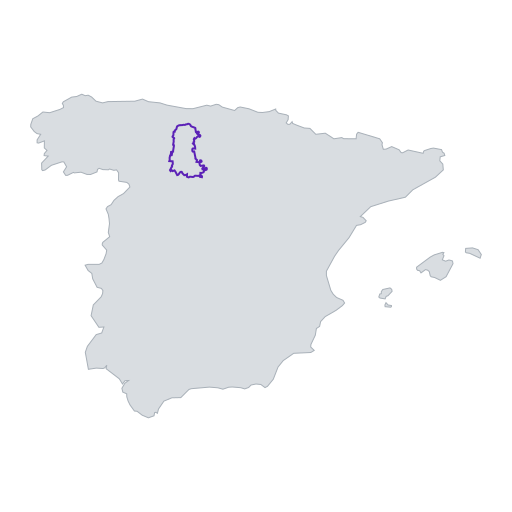 Palencia highlighted on a map of Spain
{"feature_id": "ESP-5839", "entity_name": "Palencia", "entity_type": "Autonomous Community", "adm_level": 1, "iso_a3": "ESP", "parent_name": "Spain", "parent_adm1": "", "projection": "natural_earth1", "projection_center": [-4.405, 42.407], "detail": "fine", "context": "in_parent", "style": "outline", "palette": "violet", "viewbox_px": 512, "rotation_deg": 0, "n_neighbors": 0, "source": "natural_earth", "source_scale": "10m", "svg_char_len": 6399}
<svg xmlns="http://www.w3.org/2000/svg" viewBox="0 0 512 512"><path d="M275.7,109.0L275.8,110.4L278.4,113.1L286.4,114.8L288.4,115.9L288.1,119.7L286.2,122.9L287.9,124.4L289.8,124.3L292.1,121.7L292.6,123.4L296.3,125.0L304.3,128.0L309.9,128.4L315.8,134.3L325.3,133.2L333.9,138.8L341.8,137.6L343.7,138.7L356.1,138.8L356.6,134.2L358.1,132.3L379.7,138.8L382.4,142.7L382.0,144.7L383.3,149.3L386.1,149.1L391.7,146.6L399.1,149.8L401.1,152.6L402.6,152.8L408.1,150.0L423.1,153.3L423.7,151.2L424.7,150.5L430.9,148.5L433.5,148.1L441.5,149.6L442.5,152.2L444.1,153.2L444.8,155.5L440.2,156.8L439.8,160.8L442.8,164.1L443.3,169.9L435.4,177.2L412.8,189.8L405.4,197.2L388.3,201.1L370.7,206.7L360.3,216.6L363.0,217.4L366.2,220.8L365.2,222.4L360.6,224.7L356.5,225.4L349.0,237.7L338.5,250.5L334.6,256.2L326.4,271.2L326.4,275.5L330.8,290.3L333.2,294.2L336.6,297.5L343.0,300.3L344.6,303.0L342.4,305.6L336.1,310.3L325.2,316.6L320.6,321.6L319.6,326.4L316.4,328.5L315.3,335.2L310.9,344.5L310.7,347.0L314.2,350.4L310.8,352.5L293.7,353.3L283.2,360.6L278.0,367.1L273.3,379.2L267.5,386.3L265.0,387.6L260.9,384.5L256.0,384.0L251.1,385.0L248.6,387.5L244.7,388.9L240.8,387.7L232.4,387.0L228.7,387.2L222.9,389.2L217.9,387.8L209.4,387.1L191.2,388.7L188.9,389.5L180.8,397.6L171.9,397.8L163.9,401.1L158.5,409.0L157.4,413.3L155.9,412.3L154.6,412.6L154.0,415.8L148.4,417.8L142.2,415.2L137.1,411.3L134.4,411.0L130.0,404.9L128.1,401.0L126.8,396.8L126.7,393.8L122.8,392.1L121.9,388.3L124.8,383.3L128.6,380.5L125.0,380.7L122.5,384.0L119.3,378.8L106.1,368.7L106.8,365.2L104.6,367.9L103.0,368.5L96.3,368.1L88.4,369.3L85.3,352.3L87.4,346.3L96.2,334.6L101.7,333.0L103.9,327.0L98.9,327.3L91.1,315.7L93.3,304.9L101.2,296.8L102.6,293.6L102.9,290.6L101.4,288.4L97.1,287.3L92.7,278.8L91.8,273.4L88.1,270.5L85.1,265.2L87.9,264.4L99.1,264.4L101.9,263.0L103.9,259.5L106.1,253.7L106.7,250.1L102.3,245.1L102.2,244.0L102.8,242.3L109.7,236.7L108.3,232.5L109.5,223.7L109.0,218.5L108.3,214.3L106.0,208.9L107.5,206.6L111.1,204.7L114.0,200.3L118.1,196.6L123.5,193.6L129.9,187.0L128.9,184.1L126.8,182.4L119.0,181.2L118.5,179.9L118.6,172.8L116.6,169.9L113.8,170.3L109.5,169.0L108.4,169.8L102.9,169.6L99.1,168.3L97.5,169.4L97.0,171.9L90.5,174.5L86.9,174.4L81.0,172.2L74.2,172.9L73.4,172.4L67.6,175.3L65.7,175.4L63.4,171.9L66.6,166.8L63.9,162.0L62.1,161.8L51.4,165.3L45.1,170.0L42.6,170.6L41.8,169.7L41.6,163.1L48.2,156.1L44.1,155.6L44.3,153.6L47.0,150.4L44.3,147.9L44.4,140.9L38.6,143.1L37.1,142.8L37.1,139.9L40.7,134.3L37.0,133.6L34.2,131.5L30.7,126.9L30.8,124.4L32.8,118.7L37.9,116.0L42.9,112.0L49.7,112.7L60.0,109.4L63.5,107.6L63.4,105.3L62.3,103.5L63.3,101.8L71.7,97.1L76.7,96.5L81.8,94.2L85.2,95.7L88.2,95.2L91.6,97.0L96.0,101.2L102.6,102.9L107.9,101.6L134.8,101.2L142.5,99.1L148.5,101.7L160.0,102.9L166.9,105.1L186.0,108.6L192.9,108.7L206.8,105.2L210.6,106.1L216.2,104.3L218.8,104.7L222.3,107.1L234.6,110.5L237.8,107.6L240.2,107.0L249.0,108.8L257.9,112.3L262.5,112.5L269.3,111.6L275.7,109.0ZM442.3,259.8L445.6,261.2L448.9,260.0L450.7,260.4L452.5,261.0L453.0,263.7L446.1,276.7L440.4,280.3L434.6,277.5L431.2,276.8L430.2,275.7L429.3,271.6L427.7,270.2L425.5,269.6L421.0,272.9L419.6,270.7L417.5,270.3L416.6,269.0L416.6,267.2L430.2,257.1L434.2,254.9L442.6,252.3L443.9,252.7L442.8,254.2L444.0,255.7L442.3,259.8ZM481.3,254.5L480.1,258.2L469.6,253.3L466.3,252.8L465.4,252.0L465.7,248.4L472.5,247.9L478.1,249.7L481.3,254.5ZM386.2,296.3L385.1,298.9L379.9,298.0L378.8,297.0L379.8,294.0L381.3,293.7L381.3,291.6L382.8,289.5L390.0,287.9L391.7,289.3L392.1,291.3L387.9,295.8L386.2,296.3ZM391.4,306.7L390.7,307.2L385.1,306.7L384.9,305.0L386.0,302.7L388.1,305.0L391.4,305.5L391.4,306.7Z" fill="#d9dde1" stroke="#a8b0b8" stroke-width="1"/><path d="M200.4,135.8L200.1,136.5L199.8,136.8L199.6,136.9L199.4,136.8L198.9,136.4L198.4,136.2L198.0,136.4L197.1,136.9L196.0,138.2L195.2,138.7L194.7,138.5L194.5,138.3L194.4,138.2L193.9,139.0L193.8,139.4L194.1,140.3L194.2,141.8L193.5,142.3L193.9,143.5L193.2,143.8L193.4,144.0L193.4,143.9L194.1,144.6L194.6,145.2L195.1,147.0L195.2,148.6L193.3,148.4L192.8,148.5L192.5,148.8L192.3,149.3L192.3,150.6L192.5,151.3L192.8,151.6L194.2,151.5L195.5,158.0L195.4,158.6L197.0,160.0L196.5,161.9L199.3,162.2L199.8,165.0L200.5,165.7L200.6,165.9L203.7,165.4L204.0,165.5L204.2,165.9L204.2,166.2L202.3,168.5L202.5,169.3L203.1,169.3L206.1,167.8L206.5,167.9L206.7,168.2L206.8,168.6L206.8,169.1L206.6,169.6L206.1,169.9L204.1,170.4L203.9,170.6L203.9,171.5L203.8,171.8L203.6,172.1L203.4,172.3L201.5,173.0L200.4,172.9L200.3,174.6L202.0,176.3L201.9,177.2L200.0,176.9L199.2,175.6L198.3,175.9L195.3,175.7L194.8,175.8L193.7,176.8L193.0,177.0L190.1,176.7L189.6,176.8L188.9,177.3L188.6,177.4L188.0,177.2L186.9,176.7L187.0,174.3L186.0,174.9L184.3,175.2L182.3,173.2L182.1,172.3L181.9,172.1L181.4,171.8L181.2,171.8L180.9,171.8L180.3,172.1L179.8,172.6L179.1,173.7L178.2,174.8L177.2,175.1L175.5,171.8L174.5,170.4L172.6,171.1L171.8,170.3L170.6,171.1L170.0,170.1L171.1,168.1L171.3,167.4L171.6,167.1L171.8,166.9L172.0,166.8L172.1,166.4L171.9,165.6L172.0,165.3L172.6,164.5L172.7,164.1L172.8,163.7L172.6,161.3L169.3,161.1L169.7,159.8L169.6,157.9L170.1,155.5L171.7,155.2L172.1,153.1L170.9,153.5L171.1,151.9L173.1,151.6L173.1,150.8L173.9,146.0L173.9,145.2L173.1,144.8L173.7,141.6L173.6,139.7L173.8,139.0L174.1,138.5L174.2,138.2L174.0,137.9L172.9,137.3L172.6,137.0L172.5,136.7L172.6,136.4L173.2,135.5L173.4,135.1L173.5,132.2L173.7,131.7L173.9,131.6L174.7,131.7L175.0,130.4L175.3,130.0L176.1,129.4L176.4,129.0L176.9,126.9L177.2,126.3L178.2,125.7L179.3,125.2L180.0,125.3L180.5,125.1L182.2,125.1L183.4,124.8L184.6,124.9L185.0,124.9L186.1,124.3L186.6,124.3L187.0,124.3L187.4,124.1L188.0,123.8L188.5,123.8L188.9,123.9L189.7,124.3L190.0,124.5L190.7,125.5L190.8,125.9L191.0,126.2L191.5,126.5L194.8,127.7L195.3,128.0L195.4,128.3L195.4,128.6L195.4,128.8L195.4,129.4L195.6,130.0L195.6,130.3L195.7,130.6L195.7,130.9L195.8,131.2L195.8,131.5L195.8,131.8L195.9,132.1L196.1,132.3L196.4,132.4L196.6,132.5L196.7,132.4L197.2,132.0L197.5,131.8L198.3,131.6L198.6,131.8L198.8,132.0L198.9,132.3L198.8,132.6L198.6,132.8L198.3,132.9L198.0,132.9L197.4,133.1L197.1,133.2L197.0,133.5L197.4,134.0L198.0,134.5L198.4,134.6L199.3,134.7L199.6,134.8L199.9,135.0L200.1,135.2L200.4,135.8ZM200.5,160.3L200.9,160.4L201.3,160.6L201.5,161.0L201.6,161.5L201.4,161.8L200.8,162.0L200.2,161.8L200.1,161.6L199.9,161.1L199.9,160.9L199.9,160.7L200.1,160.5L200.2,160.3L200.5,160.3Z" fill="none" stroke="#5b21b6" stroke-width="2"/></svg>